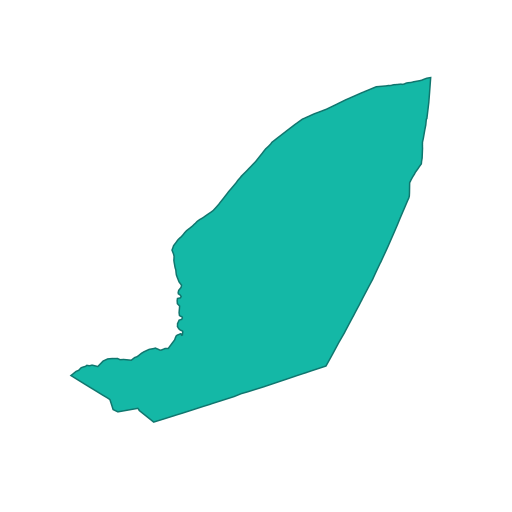 the district of Rombo, Kilimanjaro, United Republic of Tanzania, rotated 80°
{"feature_id": "72390352B49231532539034", "entity_name": "Rombo", "entity_type": "district", "adm_level": 2, "iso_a3": "TZA", "parent_name": "United Republic of Tanzania", "parent_adm1": "Kilimanjaro", "projection": "natural_earth1", "projection_center": [37.461, -3.126], "detail": "fine", "context": "isolated", "style": "filled", "palette": "teal", "viewbox_px": 512, "rotation_deg": 80, "n_neighbors": 0, "source": "geoboundaries", "source_scale": "gbopen_adm2", "svg_char_len": 4850}
<svg xmlns="http://www.w3.org/2000/svg" viewBox="0 0 512 512"><g transform="rotate(80 256 256)"><path d="M110.6,53.0L110.6,53.5L110.6,54.9L110.6,55.9L110.6,56.9L110.7,57.7L110.8,58.1L110.9,58.7L111.0,59.1L111.0,59.5L111.2,60.2L111.3,60.9L111.5,61.4L111.6,62.1L111.7,62.6L111.7,63.3L111.8,64.1L111.8,64.5L111.8,65.0L111.8,65.7L111.8,66.6L111.8,67.3L111.8,68.1L111.8,68.9L111.8,69.8L111.8,70.7L111.9,71.3L112.0,72.2L112.0,72.9L112.0,74.0L111.9,74.7L111.8,75.8L111.8,77.0L111.8,77.8L112.0,78.8L112.1,79.3L112.4,80.0L112.4,80.5L112.4,81.1L112.4,82.0L111.9,83.5L111.8,84.5L111.8,85.3L111.7,86.0L111.7,86.8L111.6,87.5L111.5,88.1L111.5,89.2L111.3,89.9L111.3,90.9L111.3,91.6L111.4,92.3L111.5,93.3L111.4,94.3L111.4,94.9L111.3,95.1L111.3,95.4L111.2,95.5L111.1,95.9L111.1,96.2L111.1,96.6L111.1,98.3L110.2,108.2L113.6,123.5L117.7,140.3L118.6,143.4L118.9,144.4L123.1,159.1L123.7,161.2L126.1,174.0L129.3,186.6L133.2,194.7L137.5,203.0L139.4,206.6L143.5,214.4L146.8,220.6L148.2,222.0L150.1,224.6L152.2,227.9L154.4,230.4L154.5,230.5L156.3,232.4L156.6,232.8L157.2,233.5L158.0,234.4L158.7,235.2L160.5,237.2L160.8,237.6L161.1,237.9L162.1,239.0L162.7,239.7L162.9,239.9L164.0,241.4L165.5,243.5L166.5,244.8L167.3,245.9L168.7,247.9L169.0,248.3L170.0,249.6L171.9,252.3L174.8,256.5L174.9,256.4L178.4,260.8L180.6,263.0L184.5,267.7L184.6,267.8L187.2,271.0L188.3,272.3L189.1,273.1L191.8,276.1L194.0,278.5L194.4,279.0L195.5,280.2L196.7,281.6L197.7,282.7L198.6,283.6L198.9,284.0L200.9,286.5L201.9,287.8L202.8,289.0L203.6,290.0L204.1,290.9L205.1,292.9L206.9,297.0L207.2,297.6L209.3,302.1L209.8,303.5L210.4,305.3L210.5,305.4L211.1,306.7L211.4,307.3L211.7,307.9L212.2,308.6L212.8,309.4L213.0,309.6L213.3,310.0L213.9,311.1L214.5,312.0L215.1,312.8L215.6,313.6L218.1,318.3L219.0,320.0L220.3,321.7L220.5,322.0L222.3,324.0L222.6,324.4L224.2,326.4L224.7,327.4L226.1,329.5L226.4,329.9L227.2,330.8L228.9,332.5L230.5,334.3L231.7,335.5L233.1,336.2L233.6,336.5L235.6,337.7L239.5,336.9L242.0,336.7L242.4,336.8L244.7,337.3L245.8,337.6L247.6,337.7L249.5,337.7L249.8,337.7L253.0,337.7L254.2,337.6L255.6,337.4L256.0,337.4L258.5,337.6L260.8,337.7L262.5,337.4L263.7,337.2L265.0,336.9L266.6,336.6L268.3,336.2L269.1,335.8L271.2,334.7L271.7,334.4L273.4,335.0L273.8,335.1L276.4,338.1L278.5,339.0L278.8,339.0L279.8,339.0L280.9,337.7L281.9,337.2L282.9,336.7L284.1,337.7L284.2,340.7L286.3,341.4L287.3,341.5L289.3,341.7L290.2,341.1L292.0,339.9L294.0,340.4L298.5,341.6L301.3,341.7L301.5,341.5L302.1,340.9L302.7,339.9L303.3,339.3L303.7,339.3L304.0,339.3L304.3,339.3L305.5,340.2L305.8,342.8L308.0,344.3L308.9,345.0L310.6,345.3L311.7,345.6L312.3,345.4L313.2,345.1L313.6,344.9L314.7,344.4L315.7,343.5L316.2,342.8L316.8,342.0L317.1,341.4L317.6,341.3L318.5,341.4L319.6,341.8L320.3,342.0L321.0,342.2L321.0,342.4L321.1,343.0L320.6,343.2L320.2,343.2L319.6,343.4L319.5,344.1L319.8,345.0L320.0,346.0L320.1,346.5L320.2,347.1L320.7,348.3L322.1,349.3L322.7,349.7L324.4,350.6L326.1,352.4L327.3,353.7L330.7,357.3L331.8,358.4L331.8,358.5L331.3,361.6L331.6,362.7L331.6,362.8L332.0,364.7L332.1,365.2L332.2,365.7L332.2,366.0L332.1,366.5L331.9,367.2L331.3,367.9L329.2,371.1L329.3,371.7L329.4,373.2L329.4,373.8L329.4,377.4L330.0,379.7L330.4,381.2L331.0,383.4L331.5,384.5L331.8,385.5L333.8,389.1L334.6,390.9L334.9,393.0L335.6,394.4L336.8,396.6L337.0,396.9L334.9,404.4L334.7,406.4L334.5,407.9L332.9,410.2L332.1,415.0L332.0,415.3L331.6,419.9L332.9,424.8L335.8,428.8L337.4,431.0L335.5,435.2L335.1,436.2L335.0,436.4L335.2,439.1L334.3,441.6L335.1,443.1L335.3,445.3L335.7,447.6L337.8,450.5L338.4,453.2L341.6,459.0L351.8,447.6L353.4,445.8L356.7,442.1L359.4,439.0L360.1,438.2L366.4,431.1L369.9,427.0L372.0,424.8L378.4,423.9L382.4,423.4L385.5,419.1L385.5,398.8L387.2,397.9L387.3,398.0L387.9,397.8L401.8,385.6L398.6,361.1L398.0,356.0L396.7,346.6L396.0,341.6L394.9,333.7L394.1,327.2L393.7,324.9L390.7,302.6L390.6,301.9L389.0,294.5L388.3,287.6L387.3,280.2L386.1,270.6L385.9,269.6L385.7,268.1L383.6,254.2L382.7,248.2L380.7,235.3L380.7,235.2L379.0,223.3L378.8,222.2L376.5,206.2L368.5,199.7L364.1,196.2L355.6,189.5L353.7,187.9L346.7,182.0L346.2,181.7L333.0,171.4L332.4,170.9L332.2,170.7L328.9,168.2L323.3,163.8L322.7,163.3L318.3,160.0L318.3,159.9L316.7,158.8L314.0,156.7L311.4,154.7L310.4,153.9L306.5,150.9L300.9,146.5L299.4,145.3L299.3,145.2L298.8,144.9L294.3,141.8L290.0,138.8L284.4,134.8L283.6,134.1L280.5,132.0L272.9,126.7L268.8,123.9L253.9,114.0L253.1,113.5L249.6,111.2L244.2,107.8L237.3,103.3L235.5,102.1L227.5,96.9L225.5,95.5L223.6,94.6L220.5,93.9L214.3,92.7L210.7,92.0L210.5,91.9L210.4,91.9L208.7,90.6L208.2,90.3L205.2,87.9L202.7,85.6L201.4,84.7L198.3,81.5L195.8,79.1L194.0,77.2L193.7,77.1L191.5,76.5L188.4,75.4L178.8,73.3L177.1,73.1L176.4,72.9L175.8,72.9L173.9,72.5L172.8,72.3L169.5,70.9L161.2,67.9L156.6,66.1L150.8,64.5L150.4,63.9L134.9,59.2L126.0,56.9L111.4,53.2L110.6,53.0Z" fill="#14b8a6" stroke="#0f766e" stroke-width="1.5"/></g></svg>